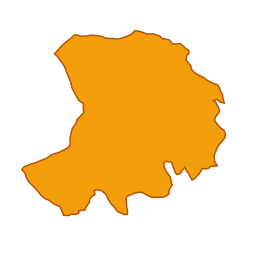 outline of Icém, São Paulo, Brazil, rotated 280°
{"feature_id": "56859067B31736587955122", "entity_name": "Icém", "entity_type": "district", "adm_level": 2, "iso_a3": "BRA", "parent_name": "Brazil", "parent_adm1": "São Paulo", "projection": "albers", "projection_center": [-49.2, -20.366], "detail": "fine", "context": "isolated", "style": "filled", "palette": "amber", "viewbox_px": 256, "rotation_deg": 280, "n_neighbors": 0, "source": "geoboundaries", "source_scale": "gbopen_adm2", "svg_char_len": 2395}
<svg xmlns="http://www.w3.org/2000/svg" viewBox="0 0 256 256"><g transform="rotate(280 128 128)"><path d="M71.8,32.4L68.5,30.7L65.9,34.2L61.2,36.7L58.1,39.2L55.3,43.0L52.4,47.3L50.1,50.0L48.1,52.4L46.2,54.5L44.1,58.2L42.9,63.2L41.4,65.9L40.0,69.0L39.0,74.2L35.1,77.3L30.9,79.6L31.2,83.8L33.3,87.7L33.8,91.3L35.4,94.3L37.9,93.9L39.1,97.2L39.6,99.7L42.2,100.3L45.1,101.5L48.0,102.9L51.1,102.6L54.4,104.4L56.9,107.1L60.4,105.5L62.1,109.1L61.5,113.0L59.0,117.6L55.2,120.2L52.0,122.9L49.3,125.8L47.7,128.3L44.8,131.0L43.4,133.8L42.8,136.7L42.1,139.7L42.9,142.5L46.1,141.9L51.3,140.1L56.5,138.8L59.6,138.2L62.2,141.3L64.2,144.3L65.4,146.8L66.6,149.7L67.0,153.2L65.7,156.6L64.7,160.2L63.8,164.0L65.1,169.5L65.7,173.9L67.5,177.4L70.5,179.9L73.6,179.2L76.4,180.1L79.6,181.5L82.1,180.0L84.8,179.1L87.5,177.7L89.8,175.4L92.0,173.0L95.5,170.9L98.3,169.3L101.5,170.5L101.8,173.9L101.7,177.0L98.9,178.5L95.8,180.3L92.9,181.8L90.7,184.0L92.2,187.5L96.2,189.0L99.1,190.9L96.2,192.9L93.9,195.4L90.5,197.9L87.9,200.2L90.0,202.7L92.6,204.3L95.6,206.2L98.3,207.3L100.9,208.2L101.2,211.4L102.4,214.4L104.6,216.2L105.3,218.7L106.2,222.5L110.0,219.3L114.2,218.0L117.5,217.7L120.2,218.6L123.3,219.0L126.2,220.0L129.7,222.1L135.2,225.0L138.5,225.3L142.3,223.1L144.1,219.2L146.8,215.8L150.2,212.0L153.7,212.1L157.9,214.4L160.8,215.2L163.8,213.6L166.2,211.5L168.3,210.2L169.7,207.6L171.7,210.6L169.6,214.3L169.2,218.6L174.2,216.2L177.3,215.2L180.9,212.4L184.7,210.2L186.3,207.9L186.8,204.3L187.8,200.6L189.1,196.8L190.8,194.0L191.8,190.2L192.8,186.9L194.2,183.7L197.1,180.0L200.0,179.1L201.9,177.0L204.8,173.5L209.6,173.2L211.9,175.1L215.2,174.3L216.6,170.6L218.6,167.8L220.1,164.6L218.4,158.0L220.1,155.5L221.9,153.2L222.0,150.6L222.0,146.4L224.1,143.2L225.1,135.7L223.8,130.9L225.1,123.5L225.1,118.0L220.6,114.7L218.4,111.3L215.4,106.3L213.7,102.3L213.6,97.7L213.0,93.9L212.7,89.4L213.7,86.6L213.6,81.5L213.3,77.9L212.8,74.7L211.3,71.1L210.2,66.4L210.6,62.8L210.6,59.4L207.7,57.2L205.4,55.1L202.8,52.9L199.5,50.1L196.4,47.8L188.1,42.7L186.7,45.4L180.6,51.9L177.0,55.2L173.6,57.1L162.6,63.9L158.6,65.5L156.0,67.1L146.6,74.7L144.4,80.0L140.2,80.3L137.8,81.0L135.6,82.0L132.1,79.4L127.5,76.5L122.5,75.5L118.3,73.3L114.5,72.9L110.7,72.9L107.4,72.7L103.3,73.6L100.6,73.7L97.8,71.9L91.8,64.1L90.4,61.0L88.6,57.5L84.0,53.0L80.8,47.6L77.8,43.3L76.5,40.1L71.8,32.4Z" fill="#f59e0b" stroke="#b45309" stroke-width="1.5"/></g></svg>